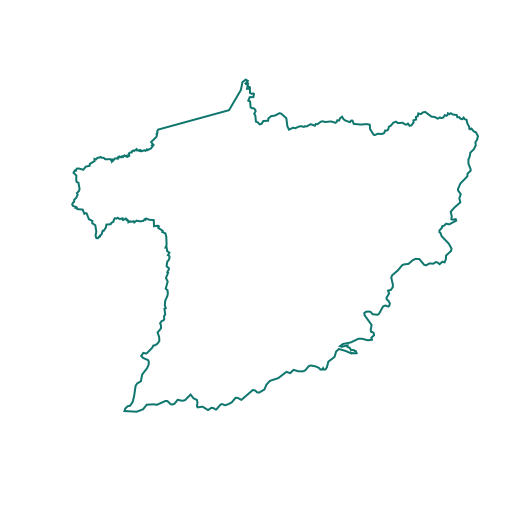 Pong Nam Ron, Chanthaburi, Thailand, rotated 281°
{"feature_id": "78962969B84278316034538", "entity_name": "Pong Nam Ron", "entity_type": "district", "adm_level": 2, "iso_a3": "THA", "parent_name": "Thailand", "parent_adm1": "Chanthaburi", "projection": "orthographic", "projection_center": [102.37, 12.957], "detail": "fine", "context": "isolated", "style": "outline", "palette": "teal", "viewbox_px": 512, "rotation_deg": 281, "n_neighbors": 0, "source": "geoboundaries", "source_scale": "gbopen_adm2", "svg_char_len": 6083}
<svg xmlns="http://www.w3.org/2000/svg" viewBox="0 0 512 512"><g transform="rotate(281 256 256)"><path d="M406.5,450.6L409.5,449.7L412.5,450.9L416.0,451.0L419.4,448.3L419.8,446.1L422.2,443.2L421.2,442.0L421.6,441.1L423.4,440.7L426.6,438.1L429.8,436.7L430.3,434.4L431.5,433.4L429.6,432.3L429.8,430.4L431.0,429.3L430.6,427.2L432.7,426.1L432.4,422.4L433.3,420.0L432.2,418.9L432.7,417.2L430.7,417.0L429.9,416.1L430.3,414.5L427.4,413.2L426.7,411.4L427.1,410.0L425.5,408.3L426.5,405.1L426.3,401.6L429.7,394.6L428.7,392.3L426.7,390.7L426.9,388.1L424.2,388.1L423.0,386.5L420.5,387.1L419.3,384.7L417.2,385.2L413.9,383.7L413.1,382.0L415.0,379.9L413.6,378.6L413.7,376.8L414.8,374.6L413.5,369.9L414.6,367.8L413.1,365.4L409.5,363.4L408.3,361.8L405.3,361.6L404.1,360.5L403.9,358.9L401.1,358.3L399.8,356.3L399.2,352.1L397.4,349.6L397.5,348.3L402.3,343.8L406.6,342.6L406.6,339.3L405.1,334.2L404.3,326.8L407.3,324.8L407.1,323.6L405.3,322.7L406.0,317.9L407.0,315.8L409.2,313.9L407.2,312.2L404.9,311.8L404.7,309.9L403.2,309.7L401.9,308.6L402.4,303.9L400.7,298.3L401.0,295.9L400.2,294.0L397.1,291.2L396.9,289.4L395.1,288.9L395.8,284.5L392.9,281.1L392.7,279.2L391.8,278.4L392.1,276.1L391.3,273.5L388.9,270.1L389.0,267.9L386.3,264.3L389.4,262.0L397.0,259.5L400.5,253.7L400.7,251.9L397.5,247.9L396.2,244.2L393.4,241.9L391.1,242.1L389.9,237.4L386.9,236.4L385.9,234.5L387.5,232.3L387.9,230.3L393.8,228.5L395.3,227.1L398.0,228.0L399.5,227.3L400.6,225.5L400.3,223.7L401.0,222.3L406.6,220.7L407.0,218.8L410.7,219.5L411.5,223.1L414.5,223.1L415.1,222.5L414.4,221.0L414.9,219.0L420.5,217.8L420.9,216.3L418.7,216.7L418.4,215.3L423.9,215.3L423.9,214.4L422.8,213.6L423.3,212.8L426.3,214.6L427.2,212.3L424.1,209.5L416.1,209.5L394.0,201.7L361.4,135.8L359.4,135.2L358.0,135.8L356.8,135.1L356.1,135.7L353.9,135.5L347.9,131.3L346.1,133.4L345.1,132.9L345.1,134.1L341.6,132.4L339.2,129.3L339.8,128.6L338.1,127.5L338.5,126.3L336.9,123.5L336.9,122.4L337.7,122.9L338.0,122.4L336.9,119.2L338.1,118.4L335.8,116.3L336.2,115.6L335.4,114.4L333.9,114.2L333.6,112.8L332.4,111.6L330.2,112.5L328.8,110.9L328.8,110.3L329.9,110.0L329.1,108.9L329.7,107.7L327.7,106.5L328.4,105.5L327.1,104.6L327.6,103.0L325.6,102.1L326.3,101.6L325.2,101.1L324.8,98.8L322.1,97.4L323.3,96.6L323.0,95.9L321.9,95.9L323.3,94.9L322.2,89.6L323.3,87.8L323.0,86.0L323.6,84.5L322.7,83.6L322.3,81.8L320.3,80.5L320.5,78.9L318.3,79.4L314.7,75.3L312.8,75.5L311.3,71.9L307.7,70.0L308.1,65.2L307.5,63.3L305.3,62.9L305.4,61.8L302.9,61.0L300.7,64.3L295.8,65.1L294.4,66.0L294.1,67.7L288.2,70.0L286.2,69.9L283.6,68.2L282.2,69.2L278.9,68.5L276.7,66.9L274.4,67.1L273.2,66.0L271.3,65.8L270.1,67.1L269.8,70.0L268.8,69.8L268.9,71.2L267.9,71.7L268.5,77.0L264.7,79.4L265.5,80.2L265.5,81.6L260.2,85.0L259.2,88.7L256.9,89.0L255.5,92.4L249.4,94.6L245.3,94.6L243.1,95.9L243.3,97.5L244.8,98.0L245.3,99.2L246.2,98.9L247.8,100.3L251.5,100.7L251.6,101.6L254.9,103.1L258.3,103.2L259.5,107.3L260.6,107.5L262.6,109.6L264.4,109.5L266.1,110.2L266.1,111.9L267.1,112.8L266.3,115.2L267.4,117.6L266.6,117.6L265.9,118.6L268.0,121.0L267.0,122.8L266.4,122.5L266.1,123.9L265.2,124.2L265.8,124.5L265.4,125.6L266.0,125.9L265.8,127.2L266.8,129.2L265.7,130.1L267.9,132.0L267.9,135.7L269.0,138.8L270.8,139.6L271.2,140.2L270.7,140.7L271.8,141.2L271.2,144.2L271.7,148.8L265.8,150.2L267.0,154.1L266.6,155.0L265.0,154.6L262.9,159.6L261.7,159.4L260.9,162.8L257.6,164.3L249.9,166.1L247.1,165.6L247.4,166.6L243.8,167.9L242.7,170.4L240.0,169.4L239.5,170.8L238.0,171.5L235.1,171.0L233.6,170.0L231.0,170.0L228.7,170.3L227.6,172.6L226.6,173.1L223.2,172.0L222.8,172.9L217.3,171.8L214.0,174.2L206.7,173.6L205.6,175.6L202.5,176.6L199.7,176.6L194.8,175.4L190.2,175.9L187.6,177.4L186.7,176.2L181.4,178.0L179.4,177.2L176.4,178.0L175.2,177.5L174.1,175.8L171.7,174.7L169.9,175.9L166.8,176.5L162.1,174.0L158.0,176.4L154.3,177.3L151.4,176.2L149.2,174.1L148.5,172.3L145.9,171.5L139.9,167.5L139.3,166.8L139.4,163.9L136.0,162.4L134.4,164.5L133.2,169.9L131.7,171.0L128.8,171.3L125.1,170.5L118.0,166.9L111.1,166.9L108.2,163.7L105.7,162.6L94.4,163.1L88.9,162.7L84.9,160.9L84.1,158.8L81.4,156.8L78.7,156.5L80.4,168.7L84.0,174.4L89.2,177.1L90.9,184.0L91.0,187.1L96.5,194.9L96.7,196.7L94.2,200.6L94.3,202.5L95.7,204.4L99.9,206.5L99.8,211.3L100.9,213.8L107.5,218.2L104.3,221.9L103.5,225.4L101.0,226.5L97.3,226.7L96.3,227.6L97.9,232.3L95.6,238.3L98.5,241.2L98.6,243.4L97.7,245.1L97.8,246.4L103.5,249.6L104.1,251.2L103.6,254.3L105.7,257.7L107.7,260.1L112.9,263.0L113.2,265.1L112.0,269.1L123.9,278.5L123.8,280.9L122.3,283.2L122.6,285.2L126.5,289.7L131.7,290.8L136.1,293.5L140.4,301.2L148.1,308.0L147.5,311.9L151.4,314.6L150.9,319.5L151.7,324.1L153.2,326.2L157.8,328.7L159.0,330.6L159.0,335.6L158.1,339.3L156.8,340.9L157.1,342.3L158.6,343.2L157.4,343.8L157.9,345.8L160.2,346.8L166.1,347.2L171.9,352.3L177.5,352.9L180.5,355.1L179.9,362.1L178.8,366.9L179.4,367.3L178.5,368.7L179.3,369.6L179.1,371.1L179.8,373.3L181.8,371.9L181.5,371.1L182.3,369.9L181.9,367.0L183.8,365.5L184.1,363.3L185.7,363.0L183.2,357.4L183.5,355.7L186.2,358.1L189.2,365.4L194.4,372.5L195.0,376.1L194.6,381.7L195.9,385.8L197.8,384.8L200.7,387.0L202.5,386.4L203.5,385.1L203.4,383.7L205.1,382.7L210.4,382.6L218.6,373.9L220.5,373.2L222.3,374.6L223.1,377.8L222.8,379.5L221.1,381.5L221.5,386.6L222.8,387.8L230.8,390.4L232.1,392.5L231.6,395.6L232.6,396.4L235.1,396.4L237.5,394.3L238.3,392.6L240.1,392.1L244.6,393.8L247.2,392.2L248.4,394.8L251.5,396.2L253.8,395.9L260.6,392.9L263.0,393.3L268.8,397.9L274.9,401.3L276.0,402.9L277.3,407.1L281.8,410.7L283.6,413.2L284.2,416.9L279.6,422.5L279.2,424.5L281.8,427.8L282.3,431.6L284.3,433.6L284.3,435.4L283.0,437.8L285.9,440.0L285.7,442.3L289.0,443.0L292.7,442.5L298.2,446.5L300.6,446.5L304.8,443.0L310.9,434.4L313.6,432.9L314.4,431.5L316.1,431.2L319.1,433.1L320.9,433.2L321.6,434.8L324.0,436.5L323.9,439.6L328.9,445.8L330.3,445.0L329.1,441.8L329.4,440.7L332.3,440.6L336.6,438.7L341.5,441.6L347.6,446.3L351.5,444.6L355.8,445.2L358.9,441.8L360.2,441.5L366.2,442.8L374.4,448.2L377.3,448.0L380.7,450.4L382.2,450.1L387.0,447.0L391.2,446.1L394.4,446.8L398.4,446.7L402.4,449.5L406.5,450.6Z" fill="none" stroke="#0f766e" stroke-width="2"/></g></svg>